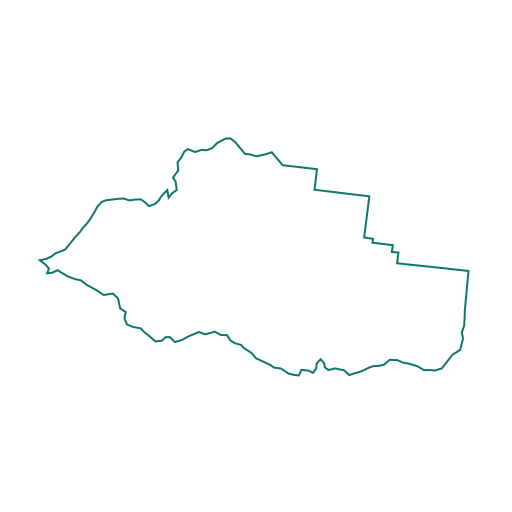 Paraíso do Sul, Rio Grande do Sul, Brazil, rotated 96°
{"feature_id": "56859067B73177855032740", "entity_name": "Paraíso do Sul", "entity_type": "district", "adm_level": 2, "iso_a3": "BRA", "parent_name": "Brazil", "parent_adm1": "Rio Grande do Sul", "projection": "orthographic", "projection_center": [-53.114, -29.705], "detail": "fine", "context": "isolated", "style": "outline", "palette": "teal", "viewbox_px": 512, "rotation_deg": 96, "n_neighbors": 0, "source": "geoboundaries", "source_scale": "gbopen_adm2", "svg_char_len": 2020}
<svg xmlns="http://www.w3.org/2000/svg" viewBox="0 0 512 512"><g transform="rotate(96 256 256)"><path d="M199.8,351.1L204.1,354.7L207.3,356.8L210.7,358.4L214.8,361.8L217.6,367.7L214.2,371.9L211.7,376.6L212.5,381.9L213.9,387.9L212.7,393.6L213.5,398.8L214.9,405.0L216.3,411.2L218.4,415.2L223.6,419.0L228.8,421.0L236.5,424.7L241.9,427.9L246.4,431.3L250.0,433.2L253.4,435.7L256.6,438.1L260.7,440.7L265.3,443.7L269.6,446.6L272.2,451.5L274.4,455.8L277.8,459.3L280.9,464.5L282.8,470.5L286.6,464.3L290.1,460.6L295.0,461.8L294.1,457.2L290.9,451.9L296.0,441.0L297.9,433.4L298.5,427.6L302.6,420.9L306.9,410.5L310.7,403.5L308.3,394.3L312.6,388.8L322.3,385.6L325.4,379.7L331.5,380.4L337.6,377.2L339.4,370.9L340.0,363.2L343.4,359.1L346.3,354.5L351.5,347.1L350.1,340.8L346.1,337.3L345.7,333.0L350.1,327.7L347.4,321.1L342.6,314.1L339.9,309.0L337.6,305.0L339.2,298.4L337.2,293.2L335.6,289.0L338.2,282.8L337.8,276.4L342.6,272.8L345.0,267.7L346.0,261.6L348.9,258.3L352.9,250.3L357.7,245.3L362.9,230.3L365.1,226.6L365.3,219.3L369.5,211.5L370.3,205.7L370.3,200.9L364.5,198.9L364.5,191.4L366.3,187.2L361.7,184.4L356.5,184.4L352.0,181.0L355.4,177.1L359.4,176.0L361.8,172.1L359.5,165.3L360.1,160.9L360.4,156.6L364.7,150.8L361.9,144.8L360.5,140.7L357.6,135.7L355.4,132.3L353.4,128.2L352.4,122.3L350.8,117.5L345.3,112.1L344.8,104.4L346.7,98.5L347.1,92.2L348.8,83.8L352.0,76.9L351.2,71.2L351.2,66.2L348.4,59.5L333.8,50.3L327.9,43.1L316.6,41.5L310.4,43.3L303.7,41.7L294.7,42.1L289.1,42.6L257.4,43.0L248.7,43.1L248.5,72.8L248.5,114.9L237.6,114.7L237.8,121.3L230.9,121.1L230.6,141.6L226.7,141.4L226.3,150.4L184.8,149.5L184.5,171.9L184.0,204.7L163.3,204.4L162.9,239.0L151.2,251.1L153.0,255.2L154.6,259.1L156.8,266.2L155.6,272.4L155.6,277.6L148.2,285.2L145.1,288.4L141.7,293.7L142.5,298.7L147.6,306.4L153.1,310.8L156.0,316.1L156.2,321.3L159.0,327.5L156.8,334.9L159.6,338.2L165.9,340.6L171.1,343.8L179.2,342.3L183.5,344.9L186.8,346.7L190.0,343.9L198.6,341.7L202.5,346.1L207.1,349.0L199.8,351.1Z" fill="none" stroke="#0f766e" stroke-width="2"/></g></svg>